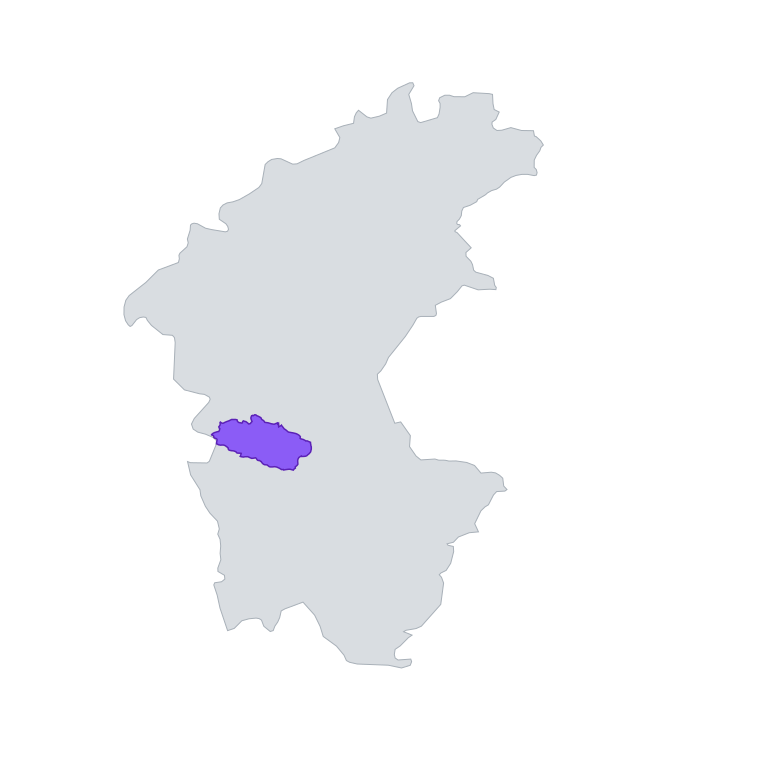 Tougue, Tougué, Guinea (highlighted), rotated 249°
{"feature_id": "49546643B49131951551470", "entity_name": "Tougue", "entity_type": "district", "adm_level": 2, "iso_a3": "GIN", "parent_name": "Guinea", "parent_adm1": "Tougué", "projection": "natural_earth1", "projection_center": [-11.477, 11.51], "detail": "fine", "context": "in_parent", "style": "filled", "palette": "violet", "viewbox_px": 768, "rotation_deg": 249, "n_neighbors": 0, "source": "geoboundaries", "source_scale": "gbopen_adm2", "svg_char_len": 6977}
<svg xmlns="http://www.w3.org/2000/svg" viewBox="0 0 768 768"><g transform="rotate(249 384 384)"><path d="M463.7,509.4L458.1,508.5L455.5,509.8L448.0,520.0L443.5,524.0L436.4,522.7L433.9,523.4L432.0,522.3L434.6,516.7L438.2,505.6L447.5,494.4L447.7,492.0L443.9,485.5L439.9,476.6L439.9,467.0L439.1,460.1L430.9,458.2L429.4,457.0L429.2,454.7L433.8,442.8L434.2,440.4L433.6,438.2L428.6,432.1L420.7,420.9L407.2,397.7L402.2,392.8L397.4,385.8L395.5,381.3L390.5,379.7L343.5,380.0L342.6,386.0L326.4,390.1L316.4,385.4L305.3,388.1L299.9,391.2L295.7,404.7L293.4,407.6L291.0,413.6L288.8,417.0L286.4,423.6L281.1,433.1L275.5,439.3L266.1,442.6L263.2,452.6L261.0,456.3L257.3,459.2L253.5,461.1L245.8,459.2L241.4,461.0L240.7,458.5L243.2,450.6L241.2,446.5L233.8,438.2L233.1,434.3L230.9,429.1L221.1,418.6L212.1,419.2L214.6,410.3L214.5,398.6L211.4,392.1L212.2,385.6L210.5,386.0L207.5,390.5L202.6,389.0L192.7,382.0L187.7,375.2L187.2,369.5L186.1,367.2L183.0,368.4L176.8,368.3L157.9,358.0L144.5,332.1L144.2,326.3L146.2,316.2L145.7,313.5L139.5,320.2L138.4,315.7L133.7,305.3L132.3,299.3L127.8,296.7L124.2,296.2L121.3,298.2L117.6,310.4L114.9,310.3L112.0,307.7L112.6,298.6L119.9,287.3L132.2,258.6L136.6,252.1L139.3,249.8L145.1,249.5L156.3,245.7L170.1,236.8L180.7,237.5L193.1,236.4L209.4,230.2L209.6,211.0L209.0,206.7L203.3,202.9L199.9,199.5L197.0,195.3L193.5,192.2L193.7,189.1L200.9,185.0L207.5,185.0L209.7,183.4L211.3,180.7L213.2,173.8L213.9,166.4L209.5,156.6L209.8,149.6L233.6,150.6L246.7,152.6L257.4,153.1L259.1,154.7L257.6,161.5L258.9,165.5L262.6,166.5L268.5,161.8L271.7,162.9L278.4,168.7L284.6,170.3L291.3,173.5L297.7,175.3L303.4,175.0L307.7,178.3L315.6,179.4L325.8,175.2L333.9,173.4L345.2,172.9L351.2,174.3L368.4,170.9L382.0,172.8L379.9,175.1L373.7,190.5L374.4,193.2L388.2,206.2L391.5,207.2L395.2,205.4L401.1,199.4L405.8,192.9L410.3,189.7L415.6,189.9L419.8,194.5L429.6,213.8L432.1,216.3L434.4,216.2L438.7,212.6L440.9,208.4L450.0,195.6L464.0,189.3L497.5,203.9L502.4,205.0L505.3,203.9L509.4,195.3L522.0,187.9L528.1,185.9L531.5,185.6L532.8,183.3L533.5,179.7L532.8,176.1L528.9,169.6L528.7,167.6L531.0,166.4L535.7,165.4L542.0,166.1L549.0,168.9L554.7,173.0L557.9,177.8L564.2,198.2L571.3,214.2L571.1,235.6L574.2,237.8L577.7,238.7L579.3,240.4L582.7,249.2L585.9,251.8L589.8,252.4L597.0,258.1L601.7,260.3L602.4,262.0L602.2,264.3L600.4,267.3L593.4,273.2L590.0,278.3L582.9,290.4L582.7,292.7L584.2,294.3L587.2,294.6L590.3,293.8L596.8,289.3L602.0,290.9L607.0,294.3L608.8,297.8L609.3,302.4L608.2,308.3L608.0,315.0L609.7,326.3L612.3,337.6L614.9,341.7L631.5,351.7L633.1,355.4L633.9,359.6L632.7,365.4L631.1,368.6L622.0,377.5L620.7,381.7L621.4,389.5L622.1,422.7L625.7,428.2L629.9,431.1L639.9,429.5L639.6,438.7L638.3,449.0L644.1,452.2L647.1,455.3L648.7,458.3L639.5,463.8L636.9,467.0L635.7,475.6L636.0,483.5L648.3,489.2L653.1,495.9L655.2,502.8L656.0,515.8L654.9,518.8L651.7,518.9L645.5,510.9L635.9,510.1L628.8,508.5L616.9,509.6L614.9,511.9L613.5,529.3L616.4,532.2L622.1,535.5L625.8,536.9L628.9,536.5L631.3,538.6L631.8,544.3L630.2,548.5L627.1,552.4L623.2,562.4L624.0,571.6L617.4,586.2L615.5,589.1L606.6,586.2L600.8,585.2L596.6,589.0L590.9,583.2L589.8,578.8L587.7,577.8L583.8,577.8L580.2,580.3L578.7,584.9L577.9,594.3L571.4,603.2L566.9,614.3L561.6,613.3L560.4,614.7L554.8,617.5L550.0,618.4L548.7,615.4L545.9,613.0L542.8,608.3L539.2,604.5L532.4,601.8L529.7,603.0L526.5,602.7L524.4,601.2L524.7,598.9L528.3,593.1L530.3,587.8L531.4,582.0L531.4,576.5L529.4,568.7L526.4,562.5L525.6,558.9L526.0,553.8L525.3,549.1L524.3,546.6L522.8,537.6L521.0,535.9L520.0,528.7L520.3,521.4L517.6,518.6L513.5,516.5L511.0,513.6L509.5,510.4L508.0,509.5L506.7,509.7L505.6,511.7L504.2,512.1L501.8,505.2L500.8,504.9L499.1,506.5L479.9,514.2L477.4,507.6L473.8,506.4L467.4,509.1L463.7,509.4Z" fill="#d9dde1" stroke="#a8b0b8" stroke-width="1"/><path d="M355.9,294.5L358.5,291.8L358.8,290.6L359.9,289.9L360.6,289.2L361.0,288.9L361.5,288.3L361.9,287.6L362.2,287.3L362.8,286.5L363.3,286.2L364.7,287.0L365.6,286.8L366.8,286.2L368.1,285.2L369.3,284.0L371.0,281.5L373.4,277.5L376.5,275.8L377.8,274.8L380.8,273.9L381.9,273.5L382.3,273.5L382.1,273.0L382.0,272.1L381.7,270.3L382.7,270.5L383.7,271.1L385.2,271.5L384.8,270.3L385.9,270.5L385.8,267.0L387.3,264.5L389.3,261.9L390.9,259.0L393.0,258.5L394.2,257.5L395.0,257.1L396.7,257.0L397.4,256.4L398.1,255.8L398.9,255.1L400.1,253.8L401.0,253.4L401.6,252.3L401.4,251.2L401.3,250.4L401.8,250.1L401.8,249.0L401.3,248.6L400.6,247.9L399.5,247.4L398.3,247.3L397.7,247.3L396.2,247.3L395.7,246.1L395.0,245.2L395.0,244.2L395.3,243.2L396.5,242.8L397.7,242.0L398.4,241.6L398.9,240.8L399.6,239.9L400.0,239.5L399.6,238.6L399.0,238.2L398.5,237.9L398.5,237.2L399.2,236.1L400.2,234.5L401.7,233.8L403.2,234.0L404.1,232.7L404.8,230.7L405.5,229.0L405.2,226.0L405.3,223.8L405.2,221.5L405.0,220.0L405.4,218.8L406.3,218.1L407.1,217.6L406.8,217.1L405.6,216.8L404.6,216.4L403.8,215.3L403.2,214.4L402.4,214.4L401.6,214.4L401.2,214.7L400.1,214.0L399.4,213.4L398.9,212.6L399.2,211.4L399.3,209.3L399.4,208.2L399.2,206.6L398.8,205.4L398.5,204.9L398.4,204.8L397.9,205.1L397.5,205.8L397.1,206.1L396.5,206.3L395.0,206.0L394.2,206.5L393.1,207.9L392.5,208.2L391.7,208.2L388.8,206.4L388.2,206.1L387.9,206.7L387.7,206.8L387.3,207.1L387.0,207.3L386.7,207.7L386.4,207.9L386.2,208.4L385.9,208.8L385.6,209.2L385.5,209.5L385.3,210.1L385.2,210.5L385.1,211.0L384.8,211.5L384.6,212.2L384.2,212.7L384.0,213.0L383.6,213.4L383.2,213.7L383.0,214.0L382.5,214.2L382.1,214.4L381.9,214.6L381.7,214.7L381.5,214.9L381.2,215.1L380.8,215.2L380.7,215.3L380.2,215.4L380.0,215.6L379.6,215.5L379.3,215.4L379.0,215.3L378.7,215.3L378.3,215.4L378.0,215.6L377.8,215.7L377.5,216.0L377.3,216.3L377.1,216.6L376.8,217.0L376.7,217.3L376.3,217.8L376.2,218.2L376.0,218.6L375.8,218.9L375.6,219.3L375.5,219.6L375.2,219.9L374.9,220.3L374.6,220.6L374.3,221.0L374.0,221.3L373.8,221.5L373.2,221.6L372.8,221.7L372.6,221.8L372.4,222.0L372.2,222.2L372.1,222.4L372.0,222.5L371.9,222.7L371.7,223.1L371.6,223.4L371.5,223.7L371.3,223.9L371.2,224.3L371.1,224.6L370.9,225.0L370.6,225.4L370.4,225.8L369.0,224.8L368.4,224.3L368.0,223.8L367.4,224.4L366.2,226.5L365.9,228.2L364.9,230.9L363.1,232.6L362.0,233.8L361.7,234.8L361.3,236.5L361.3,236.8L361.3,237.2L361.2,237.5L360.9,237.8L360.6,237.9L360.4,238.0L360.1,238.1L359.8,238.2L359.5,238.2L359.2,238.3L358.9,238.4L358.6,238.5L358.4,238.5L357.9,238.9L357.7,239.3L357.3,239.8L357.2,240.4L356.0,241.1L355.8,241.3L355.6,241.6L355.2,241.6L354.4,241.8L353.5,242.1L352.5,242.6L351.5,243.5L350.4,245.8L347.9,247.3L347.3,248.2L346.6,250.0L346.0,252.3L345.0,254.0L342.9,256.1L340.8,257.7L340.2,259.5L339.6,259.6L339.6,259.8L339.3,261.5L338.7,264.0L338.4,265.0L338.0,265.9L337.9,266.0L336.1,268.5L336.8,269.5L337.2,271.1L338.4,271.4L338.7,272.3L339.1,273.5L339.8,274.7L340.1,274.9L343.3,275.9L344.6,276.7L345.9,278.2L346.3,280.0L346.4,281.0L345.9,281.0L345.1,283.3L344.7,284.9L344.7,286.2L345.3,287.6L345.7,289.0L346.8,291.0L347.1,291.3L349.3,292.8L351.4,293.6L353.0,293.7L354.2,294.1L355.2,294.1L355.9,294.5Z" fill="#8b5cf6" stroke="#5b21b6" stroke-width="1.5"/></g></svg>